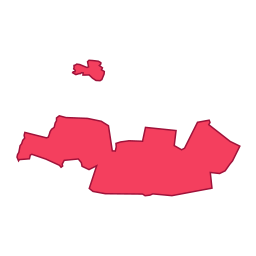 outline of Kanimekh, Navoi, Uzbekistan, rotated 179°
{"feature_id": "79887680B53513489447097", "entity_name": "Kanimekh", "entity_type": "district", "adm_level": 2, "iso_a3": "UZB", "parent_name": "Uzbekistan", "parent_adm1": "Navoi", "projection": "mercator", "projection_center": [64.925, 40.708], "detail": "fine", "context": "isolated", "style": "filled", "palette": "rose", "viewbox_px": 256, "rotation_deg": 179, "n_neighbors": 0, "source": "geoboundaries", "source_scale": "gbopen_adm2", "svg_char_len": 1422}
<svg xmlns="http://www.w3.org/2000/svg" viewBox="0 0 256 256"><g transform="rotate(179 128 128)"><path d="M238.0,97.1L237.2,98.3L227.1,98.9L226.2,102.6L224.6,103.4L210.5,98.3L197.2,91.9L195.6,89.9L194.0,91.1L194.4,93.1L192.3,96.8L178.2,97.9L175.3,94.2L174.6,90.5L167.7,87.1L160.0,90.8L167.8,68.2L164.1,65.2L151.9,62.7L114.6,61.7L112.1,60.0L107.2,60.5L104.4,61.7L85.3,59.6L45.1,66.4L46.5,82.1L37.2,80.9L31.6,83.5L26.8,90.1L24.0,93.4L16.5,107.9L26.1,112.8L47.2,129.9L45.9,132.1L46.7,134.4L58.4,132.5L71.8,106.8L74.8,105.3L82.1,109.6L80.0,124.6L110.5,128.3L113.7,114.5L127.2,115.2L135.7,114.2L140.3,112.8L140.1,109.3L141.1,105.2L144.1,105.4L147.5,130.6L154.6,135.2L168.3,138.3L189.8,139.5L196.5,141.4L199.3,139.3L199.4,136.4L200.7,134.3L201.8,129.9L204.4,128.1L205.9,125.8L207.0,122.4L208.0,120.1L209.8,119.6L231.2,125.4L232.0,122.5L231.5,119.7L233.4,117.6L234.7,114.0L236.2,112.2L237.6,105.5L238.9,103.4L239.5,100.8L238.0,97.1ZM162.4,196.1L165.8,196.4L167.3,195.0L166.4,189.8L168.0,189.2L175.1,192.3L178.1,192.8L179.5,191.9L180.9,191.5L180.9,189.2L181.3,188.1L179.7,186.5L180.0,185.2L181.8,185.2L182.4,184.2L179.2,182.3L176.0,183.2L174.7,183.2L173.5,184.1L171.9,183.9L172.1,181.7L165.9,181.7L162.7,178.5L159.2,176.1L155.1,175.8L153.3,176.9L151.0,182.3L150.7,184.9L153.5,186.7L152.5,188.6L155.6,191.0L154.0,192.6L154.0,193.8L156.5,195.3L160.1,195.8L162.4,196.1Z" fill="#f43f5e" stroke="#9f1239" stroke-width="1.5"/></g></svg>